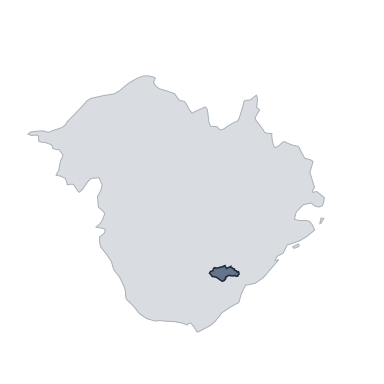 Koas Krala, Batdâmbâng, Cambodia shown in context, rotated 244°
{"feature_id": "14789045B77023093134849", "entity_name": "Koas Krala", "entity_type": "district", "adm_level": 2, "iso_a3": "KHM", "parent_name": "Cambodia", "parent_adm1": "Batdâmbâng", "projection": "natural_earth1", "projection_center": [103.147, 12.673], "detail": "fine", "context": "in_parent", "style": "filled", "palette": "slate", "viewbox_px": 384, "rotation_deg": 244, "n_neighbors": 0, "source": "geoboundaries", "source_scale": "gbopen_adm2", "svg_char_len": 5468}
<svg xmlns="http://www.w3.org/2000/svg" viewBox="0 0 384 384"><g transform="rotate(244 192 192)"><path d="M315.9,70.0L316.7,73.1L314.7,79.0L312.6,84.4L308.5,89.1L308.3,92.6L307.0,102.9L307.5,106.2L308.5,109.0L309.8,110.5L313.4,120.6L316.7,129.7L319.9,137.3L320.5,142.0L317.6,154.1L314.3,165.2L314.6,170.7L316.1,176.3L317.7,183.6L318.3,193.1L317.5,199.2L315.9,203.0L313.0,207.0L310.5,209.0L307.4,205.6L304.9,205.5L301.6,206.5L299.0,208.0L293.8,213.8L288.0,219.4L279.9,220.8L276.8,224.9L273.4,225.5L267.0,225.7L262.8,226.7L263.0,228.8L262.7,238.6L262.8,240.9L262.2,241.5L259.3,241.8L254.4,240.3L247.7,237.9L243.0,237.5L240.6,241.8L239.1,243.5L237.4,243.7L235.5,244.5L234.9,246.4L234.7,248.8L235.6,252.9L236.0,259.4L235.8,263.9L237.5,266.7L247.7,276.1L250.7,278.5L251.0,279.9L249.2,285.0L250.8,292.2L247.7,292.1L242.4,289.0L239.8,287.1L236.8,288.6L235.7,288.3L233.6,284.8L230.9,281.1L228.1,280.9L222.2,282.3L216.1,283.3L213.9,283.3L212.9,284.0L209.4,289.4L207.9,288.4L201.9,286.4L196.3,285.6L195.2,287.0L195.8,291.4L197.1,295.7L196.4,297.5L193.3,299.8L189.3,303.8L186.8,307.0L185.1,307.8L179.0,307.7L172.9,308.1L170.4,311.1L168.1,313.4L166.1,314.0L158.1,306.6L142.3,304.1L140.5,300.8L139.0,300.2L137.6,304.4L128.8,308.5L125.2,306.0L122.5,303.0L122.9,299.4L125.4,296.4L129.8,294.3L131.8,286.8L128.5,277.2L125.6,274.5L122.5,272.2L119.3,275.8L116.6,281.9L113.8,285.0L109.8,285.7L104.0,285.5L101.8,276.4L101.0,268.6L101.8,259.7L102.7,254.4L97.1,247.1L96.8,240.2L94.1,236.6L93.3,238.4L93.4,240.4L92.6,239.0L83.8,218.7L82.3,209.2L83.8,202.0L84.7,199.5L82.1,195.7L78.6,191.4L72.2,185.7L71.8,176.7L70.4,166.1L68.5,162.5L65.6,156.0L64.0,150.5L63.5,136.2L64.3,135.1L68.8,134.7L74.6,133.6L75.5,131.3L74.5,129.4L78.1,126.2L83.4,119.1L87.5,111.6L90.4,107.0L92.2,102.3L98.1,95.7L106.3,91.2L111.8,90.1L117.6,88.6L123.1,86.3L125.7,86.1L132.6,88.8L136.3,89.5L140.2,89.5L144.3,89.7L147.8,89.5L156.2,87.6L165.1,89.1L173.1,87.9L183.0,85.8L187.8,87.1L192.2,89.3L192.9,93.6L193.9,95.6L195.4,97.2L197.3,97.1L199.8,94.1L201.9,91.0L202.6,90.4L202.7,91.9L203.8,95.3L205.7,98.7L207.6,100.9L210.7,103.9L212.8,104.0L219.5,101.2L229.7,105.2L230.9,107.3L234.1,111.4L237.7,114.4L245.6,114.6L248.4,107.3L247.0,102.9L242.5,95.1L241.2,90.6L242.7,89.8L250.3,88.9L251.5,88.0L253.2,83.0L255.2,83.6L259.5,84.2L263.9,80.8L266.6,77.2L268.0,78.8L269.6,81.4L271.3,82.8L274.6,85.0L278.1,88.0L280.3,91.0L282.1,92.2L286.6,91.4L287.8,91.5L290.4,87.8L292.3,85.9L293.8,86.4L296.1,86.4L300.8,81.8L303.5,77.5L305.0,76.4L309.2,78.5L310.9,78.1L313.3,72.3L315.9,70.0ZM98.8,264.4L97.9,264.9L97.1,264.9L96.2,264.1L96.3,260.8L96.9,258.8L98.4,258.4L98.8,264.4ZM112.1,296.6L110.3,298.8L107.4,294.2L107.5,293.0L112.1,296.6Z" fill="#d9dde1" stroke="#a8b0b8" stroke-width="1"/><path d="M98.6,180.0L98.5,180.3L98.3,180.5L98.4,180.8L98.4,181.0L98.3,181.4L98.3,181.5L98.3,181.9L98.4,182.0L98.7,182.2L98.8,182.3L98.9,182.5L98.9,182.8L98.8,183.0L98.7,183.0L98.8,183.2L98.8,183.3L99.0,183.5L99.5,185.0L99.5,184.9L99.8,184.8L100.0,184.8L100.1,184.7L100.3,184.6L100.5,184.7L100.5,184.8L100.9,185.4L100.9,185.6L101.0,185.7L101.0,185.8L100.9,185.8L100.8,186.0L100.7,186.1L100.6,186.3L100.6,186.5L100.8,186.8L100.9,187.0L101.0,187.4L101.0,187.5L100.9,187.8L100.9,188.0L100.9,188.3L100.7,188.5L100.6,188.8L100.6,189.0L100.5,189.3L100.4,189.5L100.2,189.6L100.1,189.8L100.1,190.0L99.9,190.0L99.7,190.1L99.5,190.4L99.4,190.5L99.3,190.8L99.3,191.0L99.2,191.4L99.1,191.5L98.9,191.7L98.8,191.8L98.6,191.9L98.5,192.0L98.4,192.1L98.4,192.3L98.4,192.6L98.4,192.8L98.4,193.0L98.2,193.6L98.2,193.8L98.3,193.9L98.3,194.0L98.2,194.0L97.9,194.1L97.7,194.2L97.7,194.3L97.6,194.5L97.4,194.5L97.2,194.5L97.0,194.8L96.9,194.8L96.8,195.0L96.7,195.1L96.4,196.2L96.5,196.2L96.6,196.3L96.7,196.5L96.8,196.6L97.0,196.7L97.0,196.8L97.0,197.0L97.1,197.3L97.5,197.8L97.6,198.0L97.6,198.3L97.8,198.3L98.0,198.4L98.1,198.5L98.3,198.6L98.5,198.6L98.8,198.6L99.0,198.7L99.1,198.8L99.3,198.8L99.6,198.8L99.8,198.9L100.0,198.8L100.1,198.7L100.1,198.4L100.0,198.1L100.0,197.9L100.0,197.7L100.3,197.6L100.5,197.4L100.8,197.3L101.0,197.4L101.2,197.5L101.3,197.5L101.3,197.4L101.6,197.4L101.7,197.2L101.8,197.1L102.2,196.8L102.8,196.3L103.1,196.3L103.2,196.2L103.3,196.0L103.3,195.9L103.5,196.0L103.8,196.2L104.0,196.3L104.3,196.4L104.5,196.3L104.6,196.2L104.8,195.8L104.8,195.7L105.0,195.6L105.2,195.4L105.3,195.3L105.4,195.2L105.5,195.1L105.8,194.9L106.0,194.9L106.4,194.8L106.5,194.8L106.6,194.7L106.8,194.6L106.9,194.4L107.0,194.4L107.1,194.2L107.4,194.0L107.4,193.9L107.5,193.9L107.8,193.8L108.0,193.9L108.1,194.0L108.2,189.4L111.4,189.4L111.4,189.2L111.5,189.1L111.5,188.9L111.5,188.6L111.5,188.4L111.5,188.2L111.4,188.1L111.5,188.0L111.5,187.9L111.6,187.7L111.4,187.5L111.4,187.4L111.4,187.1L111.4,186.8L111.4,186.6L111.4,186.4L111.4,186.2L111.5,185.9L111.7,185.7L111.8,185.4L111.8,185.2L111.8,184.9L111.8,184.7L112.0,184.5L112.1,184.4L112.2,184.2L112.2,183.9L112.2,183.7L112.2,183.4L112.2,183.0L112.3,182.6L112.3,182.4L112.3,182.2L112.3,181.9L112.5,181.6L112.6,181.4L112.6,181.2L112.8,180.9L112.9,180.7L113.0,180.6L113.1,180.4L113.3,180.3L113.4,180.2L113.5,180.1L113.6,179.9L113.6,179.7L113.8,179.4L113.7,179.4L113.7,179.2L113.8,179.0L113.8,178.9L113.8,178.7L113.7,178.6L113.8,178.3L113.8,178.1L113.9,177.9L112.0,176.1L112.5,173.9L111.4,172.1L110.1,172.5L109.8,172.6L109.6,172.7L109.4,172.7L109.1,172.8L108.9,172.8L108.6,172.9L107.3,173.0L106.4,174.3L104.7,176.5L102.3,177.9L100.4,178.9L98.7,179.9L98.6,180.0Z" fill="#64748b" stroke="#1e293b" stroke-width="1.5"/></g></svg>